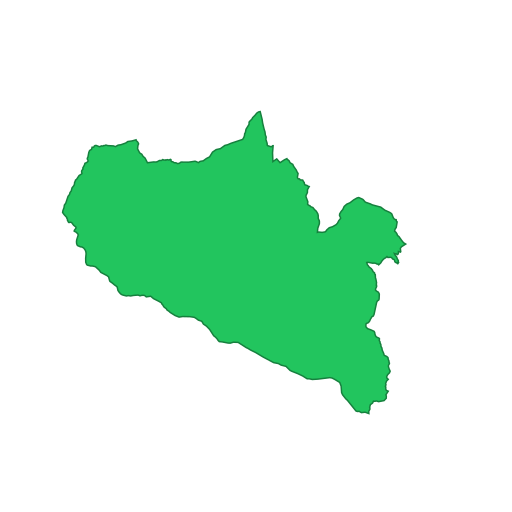 the district of Brebu, Prahova, Romania, rotated 315°
{"feature_id": "2599482B17344347957836", "entity_name": "Brebu", "entity_type": "district", "adm_level": 2, "iso_a3": "ROU", "parent_name": "Romania", "parent_adm1": "Prahova", "projection": "albers", "projection_center": [25.796, 45.203], "detail": "fine", "context": "isolated", "style": "filled", "palette": "green", "viewbox_px": 512, "rotation_deg": 315, "n_neighbors": 0, "source": "geoboundaries", "source_scale": "gbopen_adm2", "svg_char_len": 6103}
<svg xmlns="http://www.w3.org/2000/svg" viewBox="0 0 512 512"><g transform="rotate(315 256 256)"><path d="M370.3,353.4L369.7,350.9L370.1,347.4L370.8,343.5L370.6,341.5L371.3,340.1L371.7,338.1L371.5,336.5L373.2,335.4L375.3,335.0L379.9,331.7L380.0,330.4L380.8,329.4L380.2,328.7L379.9,327.2L380.3,325.6L381.7,322.4L381.8,321.8L381.4,319.7L379.5,314.7L378.8,309.7L374.4,302.1L373.7,300.0L371.6,295.7L371.4,294.9L371.6,292.1L371.5,291.2L370.0,287.3L368.5,286.4L364.8,285.4L360.1,284.8L356.8,283.5L353.4,283.3L350.2,284.5L347.6,284.7L344.9,285.4L343.7,286.4L342.9,288.6L342.5,289.2L339.3,289.6L336.9,290.4L334.8,290.5L330.8,289.4L327.8,287.8L324.5,287.6L322.9,287.9L321.9,287.8L319.5,286.1L317.2,283.3L316.1,282.7L319.4,280.0L323.6,278.0L325.1,276.6L325.7,275.8L326.6,273.4L328.6,271.4L329.5,270.0L330.3,267.0L330.2,264.5L330.5,262.0L329.5,259.7L329.7,258.5L329.2,257.6L329.0,256.0L331.0,254.3L333.3,249.3L334.3,248.5L337.2,247.5L339.3,245.5L342.7,244.5L342.3,243.9L341.9,242.0L340.9,240.3L341.5,238.8L342.1,238.1L342.1,237.2L342.7,235.3L341.1,233.5L341.3,232.2L340.6,231.5L340.4,230.9L340.6,230.1L341.2,229.4L344.1,227.4L344.6,225.2L345.2,223.9L346.0,219.3L346.8,217.2L346.1,214.5L346.1,213.8L346.7,212.3L346.7,211.1L346.4,209.9L346.7,209.0L344.2,208.1L339.0,207.0L339.3,202.0L334.7,201.2L340.6,194.8L346.1,190.1L345.8,189.8L344.4,189.7L343.9,189.4L342.2,186.1L342.3,185.6L343.6,184.1L345.4,180.6L347.3,179.1L348.2,177.0L350.1,174.6L351.5,171.9L354.7,166.7L357.0,163.6L361.1,156.8L359.6,155.9L357.5,155.5L354.9,155.8L351.4,155.8L350.5,156.2L349.0,156.3L346.3,156.3L345.6,156.6L344.2,158.0L338.6,159.3L335.9,161.1L334.3,161.6L333.3,162.5L331.4,163.5L329.0,164.1L318.0,158.6L314.7,157.3L312.2,155.8L306.7,154.9L303.1,152.6L298.7,151.8L293.3,153.1L289.9,152.0L286.0,151.4L283.4,149.6L281.3,149.2L280.2,146.3L279.7,145.7L274.7,142.0L269.5,136.7L268.9,136.4L267.4,136.3L265.9,135.2L265.3,133.5L264.1,132.2L263.8,130.5L263.0,129.5L263.0,129.0L264.0,127.7L263.8,127.1L262.3,126.6L261.4,125.1L260.0,124.5L260.1,124.2L258.7,123.1L258.3,121.9L256.7,121.6L255.3,120.2L252.9,119.5L251.8,118.9L250.0,117.0L245.2,113.3L246.8,108.3L246.6,105.7L247.2,103.2L246.8,101.7L246.7,100.7L248.0,96.5L250.7,94.3L251.9,93.9L252.4,93.5L252.9,91.9L252.9,89.4L253.3,89.0L249.6,86.9L246.3,84.4L243.8,84.0L239.2,81.8L236.9,80.1L234.0,79.3L233.0,77.3L229.3,73.2L228.3,71.4L227.4,71.1L226.2,70.1L225.5,70.0L224.5,68.8L222.6,68.1L221.1,64.7L220.3,64.1L219.4,63.9L218.7,64.2L218.0,64.2L217.0,63.2L215.1,64.3L213.2,63.8L212.5,63.9L210.9,64.6L207.1,67.2L205.8,67.6L205.2,68.3L204.8,69.7L204.1,70.3L202.4,70.2L200.6,69.5L199.1,70.3L195.8,71.3L195.2,72.1L193.0,72.5L192.1,73.2L191.4,74.5L190.9,74.7L187.8,74.0L183.4,74.9L182.0,74.7L180.9,75.4L179.9,75.6L178.7,76.6L177.2,77.4L174.2,77.7L171.2,79.4L169.4,79.6L167.7,80.6L165.3,80.9L158.9,84.1L156.5,84.5L154.5,86.0L151.5,87.4L150.0,88.5L149.6,91.0L149.4,95.0L149.0,95.4L148.7,96.6L148.0,97.3L147.3,99.5L147.4,100.1L148.7,100.9L149.2,101.8L149.2,102.5L148.8,105.2L149.1,108.2L148.4,109.0L145.7,109.4L145.0,109.9L145.7,112.1L145.6,114.4L145.2,115.4L140.6,117.8L139.1,119.0L138.0,120.3L137.3,121.7L137.2,122.5L138.3,125.3L139.2,126.4L139.8,128.4L139.5,130.8L138.7,132.7L137.4,134.3L133.9,137.2L131.2,140.0L130.2,142.3L130.3,143.2L132.0,146.1L133.5,147.7L134.9,150.1L135.1,155.1L134.7,157.9L136.8,164.6L137.0,166.5L134.9,170.2L134.8,170.9L135.3,173.7L135.5,176.5L135.8,177.9L135.9,179.8L134.0,182.8L133.6,185.0L133.5,187.0L133.7,188.2L134.3,189.6L136.1,192.6L137.7,193.7L139.1,195.6L141.3,197.1L144.5,199.8L145.2,200.6L145.8,202.1L147.5,203.1L149.0,204.6L149.4,205.7L149.5,207.3L153.1,210.0L153.4,213.7L155.2,219.2L156.0,222.2L155.5,223.4L155.4,225.1L155.0,226.3L154.9,227.3L155.3,229.8L154.9,231.2L155.4,233.7L155.4,235.2L156.7,240.9L158.4,244.8L161.3,246.9L166.4,252.2L169.0,255.7L169.5,257.7L169.9,260.6L171.5,263.8L170.7,267.0L171.4,270.6L171.3,275.1L169.7,282.5L170.0,284.8L169.9,287.2L169.5,289.0L169.5,290.6L171.4,292.9L174.7,297.8L176.3,299.5L179.1,301.0L182.3,304.5L184.4,314.2L184.8,315.0L185.7,318.7L187.5,324.0L189.6,332.4L193.1,343.9L195.8,347.9L196.6,350.9L199.2,355.3L199.2,361.0L199.8,362.8L202.4,368.8L204.2,373.9L205.3,378.9L206.9,380.6L208.5,383.1L212.8,386.9L222.2,394.2L223.5,396.1L224.5,399.2L225.8,404.6L224.2,408.2L219.9,413.2L219.1,415.4L218.5,420.5L218.6,422.7L217.1,436.3L217.8,437.7L219.1,438.8L219.8,441.3L222.7,443.6L224.4,447.2L225.8,445.6L228.1,444.9L229.2,443.8L229.3,443.4L231.7,442.0L234.5,442.4L236.4,441.7L237.3,442.8L238.6,443.6L239.7,445.7L244.3,448.8L247.5,448.7L249.1,447.2L249.7,446.0L253.9,445.1L253.2,443.4L253.4,442.2L254.5,440.9L255.1,440.5L255.3,439.6L256.8,439.0L257.5,437.8L260.0,436.7L262.3,436.7L262.3,434.6L263.3,433.6L265.3,433.0L267.8,433.0L269.4,432.3L270.4,429.7L271.5,427.7L272.6,426.8L274.1,426.5L274.6,426.1L274.9,425.1L275.7,424.4L276.3,422.8L277.5,421.1L277.4,419.4L276.6,417.4L276.6,416.3L277.3,415.4L278.7,411.8L280.0,410.0L280.4,408.4L281.8,406.7L282.2,405.2L282.9,404.6L283.4,402.9L284.8,401.8L284.9,401.2L283.9,398.4L283.9,397.6L284.7,395.6L285.9,393.9L286.2,392.7L285.0,389.4L283.5,386.2L283.7,383.8L284.0,383.3L285.8,381.8L286.4,381.8L288.4,382.6L290.6,382.3L291.9,381.7L295.2,380.9L296.5,381.4L298.3,380.7L308.5,374.1L310.0,373.6L311.6,373.9L312.6,373.5L316.1,370.3L316.6,369.4L316.9,367.7L316.4,366.2L316.4,364.6L317.5,363.7L319.5,363.0L320.0,362.6L320.1,362.0L320.6,361.9L321.2,360.9L322.3,360.2L324.5,357.0L325.0,355.9L327.2,353.5L327.2,352.6L327.9,351.7L327.7,349.7L328.4,348.3L328.3,347.3L328.6,346.7L328.2,343.7L328.5,342.1L328.5,341.2L329.7,338.9L330.7,339.6L333.5,343.7L334.7,344.7L335.7,346.3L335.9,347.4L336.6,347.9L336.5,349.0L339.2,349.1L341.9,348.5L344.3,348.4L346.8,349.0L348.2,349.0L348.2,350.3L350.5,352.3L350.7,353.2L350.5,354.8L351.1,355.9L351.1,356.5L350.1,358.4L350.2,359.4L350.7,360.2L351.1,360.4L350.6,361.1L350.8,361.7L352.3,361.4L352.4,360.9L353.4,359.9L353.9,357.9L354.7,356.3L355.1,353.3L355.6,352.1L356.0,353.0L356.7,353.5L356.9,354.9L357.9,355.1L358.4,354.9L359.9,353.5L360.9,355.4L361.4,355.3L363.4,352.7L364.5,352.4L365.7,352.4L370.3,353.4Z" fill="#22c55e" stroke="#15803d" stroke-width="1.5"/></g></svg>